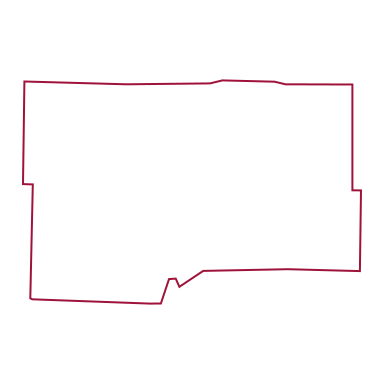 Maries, Missouri, United States of America
{"feature_id": "52423323B55894153877564", "entity_name": "Maries", "entity_type": "district", "adm_level": 2, "iso_a3": "USA", "parent_name": "United States of America", "parent_adm1": "Missouri", "projection": "equal_earth", "projection_center": [-91.92, 38.152], "detail": "fine", "context": "isolated", "style": "outline", "palette": "rose", "viewbox_px": 384, "rotation_deg": 0, "n_neighbors": 0, "source": "geoboundaries", "source_scale": "gbopen_adm2", "svg_char_len": 402}
<svg xmlns="http://www.w3.org/2000/svg" viewBox="0 0 384 384"><path d="M361.0,190.4L352.4,190.3L352.4,84.5L285.4,84.3L274.6,81.7L222.4,80.4L210.0,83.4L126.2,84.3L24.4,81.5L23.3,162.3L23.0,184.1L32.8,184.4L30.3,298.3L32.3,299.3L128.2,302.8L149.9,303.6L160.9,303.5L169.0,279.1L175.7,278.6L179.4,286.8L203.2,270.9L287.9,269.2L359.9,271.1L361.0,190.4Z" fill="none" stroke="#9f1239" stroke-width="2"/></svg>